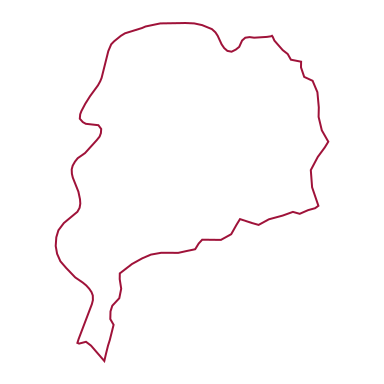 Yodok, Hamgyŏng-namdo, North Korea (Equal Earth projection)
{"feature_id": "82179303B84023939599766", "entity_name": "Yodok", "entity_type": "district", "adm_level": 2, "iso_a3": "PRK", "parent_name": "North Korea", "parent_adm1": "Hamgyŏng-namdo", "projection": "equal_earth", "projection_center": [126.887, 39.62], "detail": "fine", "context": "isolated", "style": "outline", "palette": "rose", "viewbox_px": 384, "rotation_deg": 0, "n_neighbors": 0, "source": "geoboundaries", "source_scale": "gbopen_adm2", "svg_char_len": 1669}
<svg xmlns="http://www.w3.org/2000/svg" viewBox="0 0 384 384"><path d="M272.0,35.8L271.0,36.3L266.9,36.9L254.2,37.7L249.6,37.1L245.3,37.7L242.1,40.5L239.2,46.9L235.8,49.6L231.6,51.7L227.4,50.9L224.2,48.1L221.6,44.3L217.7,35.8L215.4,32.3L211.9,29.1L202.1,25.1L194.2,23.4L185.2,23.0L180.5,23.1L160.4,23.4L156.5,24.2L145.5,26.5L142.1,28.0L125.0,33.3L120.9,35.8L114.1,41.3L111.2,44.3L108.3,51.1L101.6,77.9L100.2,81.3L98.0,85.3L90.1,96.1L85.3,103.7L81.4,111.1L80.2,114.3L79.8,118.7L82.8,122.1L85.8,123.8L98.4,125.2L101.2,129.0L100.9,133.1L99.6,136.6L96.7,140.2L85.0,153.1L77.7,158.2L75.0,161.6L72.7,165.6L71.7,169.4L71.9,173.8L72.8,177.6L78.4,191.7L80.0,199.3L80.3,203.6L79.6,207.8L77.4,211.8L63.9,223.0L61.7,225.9L58.4,230.3L56.3,237.3L55.7,246.0L57.1,253.8L60.4,261.3L66.1,267.9L75.2,277.4L82.8,282.6L86.2,285.4L89.2,288.7L91.5,292.1L92.8,295.5L92.9,300.1L91.9,304.1L78.6,339.1L77.4,342.9L79.1,343.6L86.0,341.8L91.0,345.6L96.0,351.4L104.3,361.0L106.1,353.3L108.0,345.7L109.8,340.0L111.7,332.4L113.6,324.8L110.3,319.1L110.5,311.4L112.3,305.7L119.3,298.2L121.2,288.7L119.7,279.1L119.8,273.4L132.0,264.0L142.3,258.3L150.9,254.6L161.1,252.8L171.3,252.8L178.1,252.9L186.7,251.0L193.5,249.6L195.2,249.2L198.7,243.5L202.2,239.7L212.4,239.8L220.9,239.9L231.2,234.2L236.5,224.8L240.0,219.1L251.9,223.0L258.6,224.9L268.9,219.3L282.6,215.6L292.9,211.9L299.7,213.8L308.2,210.1L315.1,208.2L318.4,205.8L312.1,187.3L310.8,170.1L317.8,156.9L324.8,147.4L328.3,141.7L321.8,130.3L318.6,116.9L318.8,107.4L317.4,92.2L312.6,80.8L304.2,76.9L301.0,67.4L301.1,61.7L290.9,59.7L287.7,54.0L282.7,50.1L277.7,44.4L274.4,40.6L272.7,36.8L272.0,35.8Z" fill="none" stroke="#9f1239" stroke-width="2"/></svg>